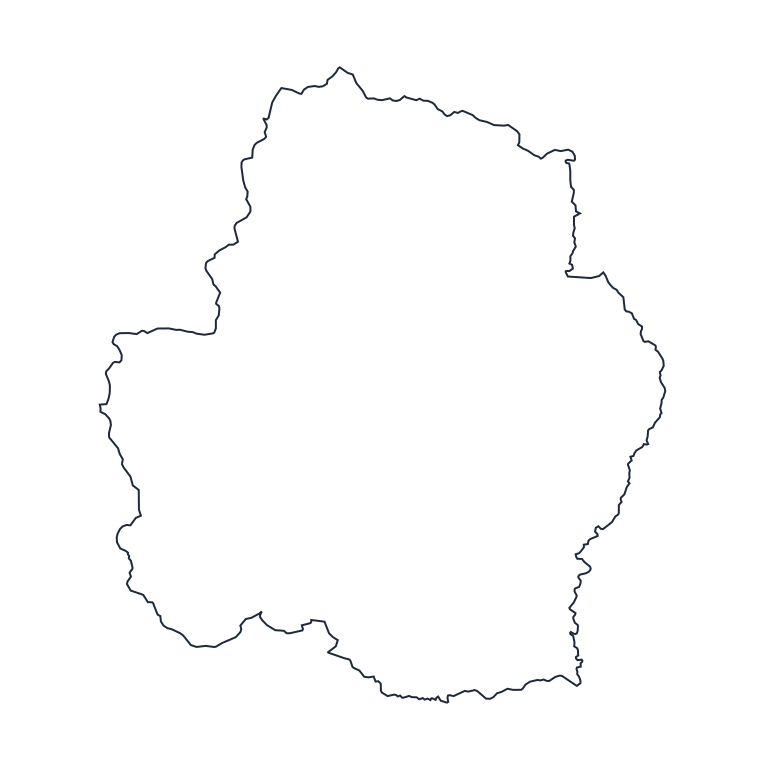 Phuoc Son, Quàng Nam, Vietnam, rotated 186°
{"feature_id": "81297802B80912783182295", "entity_name": "Phuoc Son", "entity_type": "district", "adm_level": 2, "iso_a3": "VNM", "parent_name": "Vietnam", "parent_adm1": "Quàng Nam", "projection": "mercator", "projection_center": [107.809, 15.387], "detail": "fine", "context": "isolated", "style": "outline", "palette": "slate", "viewbox_px": 768, "rotation_deg": 186, "n_neighbors": 0, "source": "geoboundaries", "source_scale": "gbopen_adm2", "svg_char_len": 6114}
<svg xmlns="http://www.w3.org/2000/svg" viewBox="0 0 768 768"><g transform="rotate(186 384 384)"><path d="M664.5,333.8L663.3,329.9L663.1,326.7L658.0,324.8L653.7,321.0L652.3,318.8L651.3,314.7L652.4,306.5L651.8,302.2L641.8,292.3L639.5,286.8L635.9,281.8L636.2,276.8L634.1,273.6L626.5,265.4L623.2,256.9L616.8,252.9L614.6,233.4L612.0,227.6L616.8,224.9L621.5,216.9L625.3,216.9L629.1,215.0L631.4,212.2L633.3,207.2L633.8,203.2L632.9,198.5L629.1,192.9L623.2,190.9L620.9,189.4L621.0,188.0L619.4,186.1L619.6,183.9L617.3,181.9L614.9,175.1L614.9,173.8L617.3,169.8L615.5,166.0L618.4,160.9L618.7,158.1L614.3,152.1L601.4,149.1L596.0,142.3L591.8,142.7L590.8,142.1L585.1,131.0L582.2,129.8L581.0,124.4L578.0,120.7L573.8,118.5L569.7,118.0L560.6,114.8L557.3,112.8L548.7,104.1L542.9,102.9L534.0,104.9L525.2,104.7L523.5,105.3L517.9,109.5L505.0,116.7L500.9,122.2L500.3,125.2L501.6,128.8L496.8,135.9L491.6,137.5L484.1,142.6L481.8,145.0L483.1,141.1L482.8,139.2L480.6,136.5L475.1,131.9L466.4,127.8L457.9,128.1L454.6,125.9L451.5,126.3L439.4,130.4L439.0,131.8L440.5,135.4L432.2,138.5L431.5,139.7L431.7,141.7L418.3,141.4L412.6,130.3L408.4,127.0L403.2,124.4L404.5,118.1L411.6,111.4L411.3,111.0L394.6,107.1L389.9,106.5L388.5,105.3L385.8,99.5L384.5,98.5L378.6,96.5L373.1,90.8L368.7,90.6L363.7,92.0L361.3,87.2L358.6,87.8L355.9,85.6L355.0,78.5L353.7,76.8L347.8,74.0L341.7,76.1L339.5,76.0L337.7,74.7L335.4,75.8L333.3,74.0L332.3,73.9L326.4,76.4L323.6,75.5L318.7,75.8L316.0,74.1L312.7,75.7L310.6,74.4L307.7,75.7L304.8,74.5L304.1,76.3L303.4,76.5L299.6,75.3L299.2,77.2L297.5,78.8L294.5,75.0L288.1,73.7L286.9,74.6L288.1,78.6L287.8,80.9L286.2,81.4L282.2,80.9L271.6,87.2L268.0,86.9L261.8,89.1L259.2,88.4L249.7,81.8L245.7,82.0L242.6,83.9L239.2,88.3L235.2,89.9L229.4,93.8L223.5,93.3L215.7,94.2L214.2,95.5L211.9,99.8L207.7,103.2L200.5,105.7L197.2,105.6L194.4,106.8L191.0,105.7L188.5,106.0L183.3,110.4L179.4,112.2L176.7,112.4L160.7,103.9L157.4,106.9L157.6,109.5L159.3,113.1L161.5,115.6L161.6,118.1L162.8,120.7L162.5,122.2L158.8,123.5L159.3,126.8L157.9,128.4L157.8,129.7L158.6,130.5L162.7,129.6L164.4,131.1L164.6,132.5L162.5,134.3L163.3,139.6L164.4,141.5L167.4,143.0L167.6,147.2L169.2,152.3L169.7,153.3L172.4,154.7L172.9,155.8L172.3,156.9L168.9,155.4L167.6,155.3L166.1,156.2L165.6,158.8L165.8,163.6L166.2,164.6L169.3,166.6L171.3,170.5L171.3,172.4L169.8,174.5L169.6,176.2L175.4,179.3L176.3,180.7L172.5,186.4L170.4,192.2L170.2,193.7L172.8,197.6L173.0,199.8L172.2,200.9L168.8,202.5L167.7,206.2L167.9,209.2L170.3,211.6L170.7,213.0L169.2,214.9L163.4,216.9L160.9,218.5L159.3,220.8L159.2,222.2L160.0,223.9L166.1,227.9L168.8,230.7L173.5,230.4L174.9,232.4L175.6,234.8L172.6,235.9L171.2,237.5L168.1,242.5L168.5,245.1L164.6,246.1L164.2,249.6L162.9,251.2L155.6,255.2L156.0,257.0L158.7,259.3L158.3,263.2L155.9,264.9L153.1,262.6L151.0,262.6L142.9,270.4L140.1,276.4L137.4,278.7L137.0,280.4L137.8,288.3L135.4,291.5L136.6,294.0L136.6,295.5L133.4,299.4L131.7,307.1L129.4,310.9L131.2,312.5L130.0,316.5L130.8,321.0L130.4,323.7L133.0,329.4L132.7,330.5L129.7,333.9L131.3,337.4L128.4,338.5L127.8,341.1L126.2,344.2L120.5,348.4L119.3,351.4L116.5,351.2L115.0,351.9L117.0,355.4L116.3,359.3L116.5,365.5L115.5,366.9L112.0,369.0L110.6,373.6L106.2,379.8L106.1,382.5L105.0,384.2L106.8,388.4L106.0,393.9L106.2,397.2L104.8,399.7L103.5,406.5L104.6,409.6L108.9,415.0L110.5,419.1L109.8,421.4L111.0,424.7L109.6,426.2L107.7,431.2L108.7,436.4L109.8,438.4L114.8,444.7L117.6,446.4L117.5,449.5L118.1,450.7L125.5,454.1L129.1,453.2L130.4,453.7L134.0,460.5L134.0,463.3L133.2,465.5L133.4,468.1L137.4,470.1L140.1,474.1L142.1,474.9L144.9,480.2L147.8,481.4L150.7,481.6L152.4,483.3L155.0,495.3L160.5,499.4L162.5,502.0L166.3,503.6L169.1,506.1L171.8,509.0L175.0,514.9L177.6,517.9L181.4,513.8L189.3,511.0L212.3,510.1L214.7,513.7L215.1,515.0L214.7,515.4L211.5,515.7L208.2,518.5L209.4,522.2L212.2,523.2L211.5,526.1L212.0,530.6L210.2,533.6L209.9,535.8L207.6,540.8L209.5,544.6L209.3,548.8L211.5,551.2L211.5,554.4L210.6,558.8L211.7,562.0L212.5,570.3L207.0,574.1L211.1,575.7L212.2,581.6L216.3,585.0L215.2,594.1L215.5,596.9L218.6,599.6L220.0,605.9L221.0,615.4L222.5,621.7L223.1,622.7L225.6,622.8L226.6,624.0L226.6,625.2L224.7,626.2L218.4,625.9L217.5,627.1L218.1,630.9L220.9,634.7L225.3,636.3L232.6,634.1L238.5,634.7L246.0,630.1L249.6,625.8L251.5,624.5L254.1,626.3L258.1,627.1L265.2,631.0L270.5,632.7L275.8,635.5L274.7,638.4L275.4,646.5L278.2,649.4L287.6,654.6L291.5,653.5L301.6,653.0L309.1,655.4L316.6,656.3L320.3,658.0L324.0,660.7L334.1,663.8L336.0,663.3L338.8,661.3L342.6,661.9L346.0,658.3L349.2,657.0L351.8,658.3L354.6,661.3L359.3,663.0L363.1,667.4L365.1,668.7L370.0,670.2L374.5,669.9L378.3,671.5L381.6,669.6L392.0,671.4L393.8,672.5L397.9,668.1L401.2,666.8L404.8,666.9L408.0,668.7L415.5,666.1L420.0,666.0L424.0,667.0L429.7,666.1L431.7,667.0L435.7,673.2L443.0,680.4L447.4,688.5L452.6,689.6L461.1,694.3L462.5,693.1L464.4,688.8L467.5,684.5L471.9,680.6L472.2,676.6L475.9,673.7L479.8,672.7L484.1,673.1L490.7,671.5L494.3,668.5L496.5,663.9L498.8,664.1L506.3,666.8L517.0,667.6L521.8,658.9L524.6,652.2L526.6,636.7L528.3,634.8L531.3,635.4L531.6,635.0L527.7,629.1L527.5,626.8L529.0,621.9L527.2,618.0L527.4,616.9L528.8,615.2L535.8,610.5L537.7,608.2L539.1,603.2L538.7,595.4L546.1,592.9L547.7,591.7L548.8,589.4L548.4,584.6L545.3,571.9L542.7,565.2L539.7,561.0L539.6,556.2L540.4,553.4L535.5,546.5L534.8,541.8L538.0,535.5L547.4,528.8L548.9,526.0L549.1,523.8L548.6,522.1L544.1,510.2L548.5,506.8L552.7,506.4L556.2,503.3L561.9,499.4L565.9,495.2L565.7,491.8L571.7,488.1L573.2,486.6L573.7,484.6L573.7,480.6L572.4,477.9L565.9,470.5L564.0,465.2L561.6,463.5L556.5,457.7L559.5,447.0L559.1,445.9L556.5,444.5L555.6,442.4L555.5,435.0L557.9,429.9L557.0,421.7L558.2,417.4L559.0,416.6L567.7,414.2L575.9,414.5L579.5,415.6L584.7,415.5L592.4,416.6L596.4,416.1L603.8,416.8L615.1,415.5L624.6,409.9L628.2,411.6L630.2,411.7L635.2,407.8L643.1,408.0L652.2,406.9L655.6,405.0L657.3,402.6L658.4,397.3L657.0,395.4L653.2,393.6L650.5,390.1L647.8,385.2L647.6,380.2L649.4,377.8L654.0,377.9L655.8,376.6L658.8,371.1L661.6,367.5L661.7,365.0L657.9,358.0L656.5,354.1L655.8,346.5L656.4,340.7L657.9,335.0L664.5,333.8Z" fill="none" stroke="#1e293b" stroke-width="2"/></g></svg>